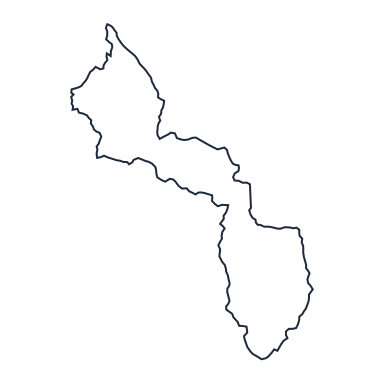 the district of Porciúncula, Rio de Janeiro, Brazil, rotated 272°
{"feature_id": "56859067B7663299308815", "entity_name": "Porciúncula", "entity_type": "district", "adm_level": 2, "iso_a3": "BRA", "parent_name": "Brazil", "parent_adm1": "Rio de Janeiro", "projection": "albers", "projection_center": [-41.956, -20.896], "detail": "fine", "context": "isolated", "style": "outline", "palette": "slate", "viewbox_px": 384, "rotation_deg": 272, "n_neighbors": 0, "source": "geoboundaries", "source_scale": "gbopen_adm2", "svg_char_len": 3363}
<svg xmlns="http://www.w3.org/2000/svg" viewBox="0 0 384 384"><g transform="rotate(272 192 192)"><path d="M87.4,312.4L90.8,312.6L93.6,312.5L96.1,314.2L98.9,316.1L102.5,313.7L105.1,311.2L108.8,310.4L112.3,311.4L114.9,312.3L117.4,310.7L119.8,308.7L123.3,308.6L127.0,307.4L131.0,306.1L135.2,305.3L139.3,305.2L142.1,304.9L145.4,303.4L149.3,303.8L151.7,301.2L154.6,300.6L158.0,300.5L160.0,297.7L159.3,294.7L159.9,291.5L160.1,288.5L159.9,285.6L158.3,281.3L158.6,277.4L159.3,274.7L160.0,270.2L159.9,265.1L161.5,261.6L161.5,258.8L163.6,257.0L166.6,256.4L168.1,253.6L171.3,251.4L175.7,249.8L178.2,251.5L201.8,249.6L203.3,246.2L203.0,242.4L204.8,238.3L205.0,234.1L208.3,232.6L212.0,234.0L214.6,237.7L217.6,238.1L220.3,237.6L220.6,234.6L221.7,231.9L224.3,230.1L227.6,228.3L232.0,226.4L235.4,225.4L237.6,222.7L236.3,218.9L235.5,215.9L239.5,207.3L245.1,196.6L246.5,194.1L246.2,190.7L244.2,186.0L243.7,182.0L244.2,178.9L245.4,175.0L250.0,172.9L250.6,168.8L248.5,165.9L246.8,162.7L245.3,160.1L243.9,157.9L247.5,155.7L250.5,155.1L253.7,155.4L257.1,155.5L259.9,156.4L262.1,157.7L266.0,156.4L269.1,158.4L272.8,158.6L275.4,160.1L278.7,160.6L282.2,161.0L283.7,157.6L285.4,154.8L289.4,154.8L292.5,153.5L294.6,151.4L297.6,150.0L300.6,148.2L304.8,147.0L308.5,144.2L312.3,141.3L315.4,138.2L318.4,135.1L322.0,133.3L325.4,130.9L328.2,127.7L331.1,123.8L334.1,120.2L336.4,117.7L339.4,115.3L342.3,113.2L345.6,111.3L348.5,111.1L351.0,108.9L353.6,107.1L355.3,105.0L356.7,101.5L353.0,100.2L349.6,101.7L345.1,101.8L341.6,100.8L339.2,103.6L337.0,106.7L334.0,107.3L329.8,106.0L325.1,106.0L327.5,102.1L324.4,101.8L320.8,102.8L318.0,100.6L315.4,99.2L312.4,99.1L311.4,96.1L313.7,91.3L311.0,89.1L308.3,86.0L305.0,84.5L302.0,83.3L299.6,81.9L296.7,79.5L294.3,77.9L292.9,75.7L291.3,71.3L290.4,68.1L286.9,67.9L285.3,70.2L282.8,67.9L279.1,69.1L276.0,68.6L273.5,70.2L270.0,69.8L271.1,74.6L267.4,76.2L266.5,80.6L264.8,84.5L262.4,86.2L260.2,88.8L257.0,88.5L254.3,90.5L251.0,91.9L249.2,94.2L247.9,97.6L244.1,99.4L239.7,97.8L237.0,97.1L234.2,95.1L231.1,96.0L227.3,95.3L222.8,96.0L223.6,99.5L225.2,102.8L224.1,105.4L223.2,108.1L222.2,112.0L221.1,115.6L220.8,118.8L219.7,122.2L219.6,126.2L217.5,128.2L219.7,131.4L222.0,132.4L224.1,137.1L222.4,141.8L221.3,144.6L220.7,147.6L218.9,151.2L215.4,154.7L211.7,155.5L209.1,155.7L205.4,156.9L202.8,161.3L201.4,164.9L204.4,169.3L203.9,172.7L201.8,175.1L197.8,178.2L195.1,181.9L195.5,186.6L192.6,189.2L190.9,193.2L189.7,195.6L191.7,198.5L191.9,201.4L191.3,204.9L190.1,209.4L189.4,212.2L186.8,212.5L183.8,212.3L180.9,215.2L178.7,218.3L180.2,222.5L180.1,228.6L176.4,228.0L172.6,226.7L169.4,224.4L166.3,224.7L161.1,221.2L159.0,224.0L156.7,225.9L153.2,223.7L149.2,223.1L146.5,223.6L143.8,222.1L139.7,220.2L135.7,222.1L128.6,221.6L123.3,224.6L119.9,227.5L116.5,228.5L113.7,228.9L109.8,230.8L106.0,231.6L102.6,232.7L99.9,232.6L96.7,230.7L93.1,230.7L90.4,231.6L87.6,232.4L84.3,233.3L81.3,232.0L78.8,230.1L75.7,230.4L74.0,232.9L71.7,236.4L68.2,237.8L63.7,242.2L59.9,243.8L59.9,247.2L59.3,251.2L53.4,252.1L49.8,249.0L47.3,249.5L39.2,252.6L34.8,255.8L32.2,258.4L31.0,260.8L29.2,264.2L27.3,267.2L28.4,271.5L30.4,274.2L34.3,277.4L37.6,279.6L36.3,282.9L43.0,286.4L46.4,288.6L49.3,292.5L52.1,291.0L55.8,290.7L58.6,293.5L58.8,297.6L59.7,300.8L63.9,302.7L68.0,303.6L71.2,303.6L73.6,306.4L76.7,308.0L79.3,309.8L82.8,311.0L87.4,312.4Z" fill="none" stroke="#1e293b" stroke-width="2"/></g></svg>